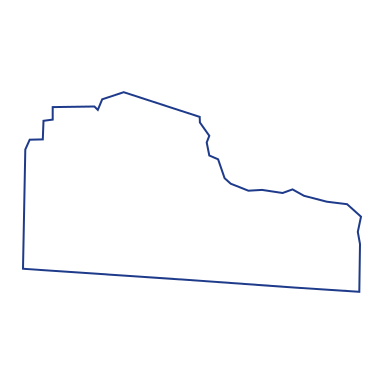 the district of Echols, Georgia, United States of America
{"feature_id": "52423323B30388068130066", "entity_name": "Echols", "entity_type": "district", "adm_level": 2, "iso_a3": "USA", "parent_name": "United States of America", "parent_adm1": "Georgia", "projection": "robinson", "projection_center": [-82.847, 30.731], "detail": "fine", "context": "isolated", "style": "outline", "palette": "blue", "viewbox_px": 384, "rotation_deg": 0, "n_neighbors": 0, "source": "geoboundaries", "source_scale": "gbopen_adm2", "svg_char_len": 558}
<svg xmlns="http://www.w3.org/2000/svg" viewBox="0 0 384 384"><path d="M123.7,92.2L102.2,99.3L97.8,109.9L94.4,106.5L52.7,107.1L52.7,119.6L43.5,120.8L42.8,139.4L29.7,139.7L25.3,149.5L23.0,268.7L26.2,269.0L179.9,279.4L180.8,279.4L289.4,287.2L289.5,287.2L295.1,287.6L359.3,291.8L360.0,244.1L357.8,231.9L361.0,216.7L347.1,204.2L326.8,201.7L304.0,195.8L292.5,189.4L282.6,193.0L262.0,189.9L248.4,190.7L230.7,183.7L224.6,178.2L218.1,159.3L209.3,155.5L206.7,142.5L209.3,135.8L199.9,122.5L199.7,116.9L123.7,92.2Z" fill="none" stroke="#1e3a8a" stroke-width="2"/></svg>